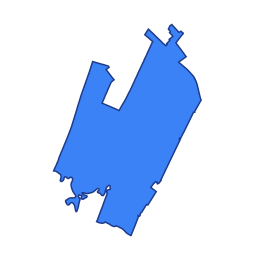 outline of Barcanesti, Ialomita, Romania, rotated 185°
{"feature_id": "2599482B37861842426692", "entity_name": "Barcanesti", "entity_type": "district", "adm_level": 2, "iso_a3": "ROU", "parent_name": "Romania", "parent_adm1": "Ialomita", "projection": "albers", "projection_center": [26.664, 44.608], "detail": "fine", "context": "isolated", "style": "filled", "palette": "blue", "viewbox_px": 256, "rotation_deg": 185, "n_neighbors": 0, "source": "geoboundaries", "source_scale": "gbopen_adm2", "svg_char_len": 5609}
<svg xmlns="http://www.w3.org/2000/svg" viewBox="0 0 256 256"><g transform="rotate(185 128 128)"><path d="M169.0,191.1L171.2,181.4L171.7,179.3L177.4,157.2L180.5,142.9L181.0,140.1L184.6,123.5L187.0,115.2L192.0,99.0L192.2,98.8L194.0,92.7L194.5,90.8L194.5,90.5L194.4,90.3L195.7,86.6L196.5,84.0L197.5,81.5L198.4,78.8L197.3,78.8L196.3,78.6L195.8,78.5L194.7,77.9L191.5,76.0L191.1,75.6L190.5,74.3L190.4,73.6L190.4,72.8L190.6,71.7L190.7,70.9L191.0,70.1L190.8,69.5L190.5,69.2L190.1,68.9L189.6,68.9L188.9,69.2L188.5,69.6L188.2,70.0L187.9,70.3L187.5,71.1L187.4,71.9L187.4,72.4L187.2,73.0L187.0,73.5L186.4,74.0L185.9,74.0L185.5,73.8L184.9,73.3L184.1,72.7L183.4,72.5L182.7,72.6L182.2,73.0L181.8,73.3L181.3,73.8L180.9,73.9L180.5,73.9L179.8,73.9L179.4,73.6L179.2,73.3L179.0,72.9L178.8,72.3L178.7,71.4L178.8,70.7L179.5,68.8L179.7,68.2L179.8,67.4L179.8,66.7L179.7,66.1L179.5,65.0L178.5,62.2L178.2,61.7L177.9,61.1L177.6,60.5L176.9,59.4L175.6,57.8L174.7,56.8L174.2,56.1L174.1,55.5L174.1,55.2L174.3,54.7L174.9,54.1L175.3,53.9L176.0,53.6L178.1,53.5L179.0,53.4L179.9,53.1L181.0,52.6L181.5,52.3L181.9,51.7L182.6,51.1L183.3,50.8L183.7,50.5L183.7,50.2L183.8,49.8L183.8,49.5L183.7,49.1L183.4,48.6L182.6,47.4L182.2,46.9L181.8,46.4L181.5,46.2L180.4,46.3L180.1,46.4L179.8,46.7L179.3,47.4L179.0,47.9L178.6,48.4L178.0,48.7L177.5,48.8L177.0,48.7L176.4,48.4L175.6,47.8L174.8,46.6L174.4,45.7L174.1,44.9L173.7,43.6L173.3,42.2L173.1,41.4L172.4,40.2L172.0,40.5L171.8,40.5L171.1,43.0L170.5,45.8L170.7,46.1L170.4,47.4L170.0,50.4L169.8,51.3L169.6,52.1L169.8,52.9L170.0,53.4L170.4,54.1L171.1,54.9L171.5,55.3L171.1,57.1L170.8,56.9L168.9,56.8L168.4,56.7L168.0,56.3L168.0,55.8L168.5,54.9L168.6,54.5L168.6,54.1L168.4,53.6L168.2,53.4L167.8,53.2L167.4,53.1L167.0,53.1L166.6,53.2L166.2,53.3L165.9,53.5L165.3,53.9L164.5,54.7L164.4,54.8L163.6,55.0L163.3,55.2L163.2,55.3L163.1,55.5L162.9,55.9L162.8,56.1L162.9,56.3L162.9,56.5L163.1,56.6L163.2,56.8L163.5,56.9L165.6,57.4L166.5,57.8L166.9,58.1L167.3,58.5L167.7,58.9L168.0,59.2L168.0,59.4L167.9,59.5L167.2,59.8L165.4,59.3L164.3,59.1L163.1,59.1L162.5,59.2L161.5,59.5L158.5,60.5L158.1,60.7L157.9,60.9L156.7,61.5L156.4,62.0L155.9,62.4L154.8,63.4L154.4,63.8L154.1,64.2L153.3,64.9L152.8,65.1L152.4,65.1L152.1,65.1L151.8,64.8L151.6,64.5L151.4,64.3L151.3,64.0L151.4,63.7L151.5,63.4L151.9,63.0L152.6,62.4L152.8,62.0L152.8,61.7L152.7,61.4L152.6,61.1L152.3,61.0L151.1,60.7L150.4,60.5L150.0,60.3L149.4,59.7L148.8,59.1L148.4,58.7L148.2,58.6L147.7,58.4L147.4,58.4L147.1,58.4L146.9,58.6L146.5,59.0L146.1,59.7L145.7,60.4L145.5,60.9L145.0,63.2L145.0,63.9L144.9,64.2L144.8,64.7L144.7,65.0L144.7,65.3L144.6,65.5L144.4,65.8L144.4,66.0L144.1,66.9L144.0,67.1L143.6,67.6L143.3,68.0L142.9,68.5L142.3,69.0L142.0,69.1L141.6,69.2L141.3,69.1L141.1,69.0L140.9,68.7L140.8,68.4L140.7,67.5L140.4,66.4L140.4,65.9L140.4,65.4L142.6,64.6L143.0,64.4L143.3,64.2L143.6,63.7L143.6,63.3L143.7,62.6L143.6,62.1L143.5,61.8L143.0,60.8L143.4,59.4L144.7,54.8L145.3,52.6L146.2,49.2L146.2,48.9L147.2,45.5L147.5,44.5L147.7,44.0L149.4,37.6L150.0,35.5L150.5,33.7L151.1,32.0L150.3,31.7L149.4,31.3L148.9,31.2L147.0,31.0L146.2,30.9L145.3,30.9L144.8,31.0L144.2,31.2L143.5,31.5L143.1,31.8L142.6,32.4L140.0,31.3L138.5,30.8L136.0,29.4L135.4,29.2L134.6,28.9L133.1,28.7L132.6,28.7L131.8,29.1L131.1,29.5L129.9,29.1L126.8,27.9L125.2,27.3L123.3,25.9L122.5,25.3L121.8,24.6L121.1,24.0L120.6,23.5L120.4,23.4L120.1,23.2L119.8,23.1L119.5,22.9L118.9,22.5L115.8,21.1L115.6,21.3L115.4,21.6L114.8,24.0L112.6,31.0L111.3,35.6L110.4,38.6L110.3,39.0L110.2,39.8L110.2,40.0L110.2,40.4L110.2,41.4L110.0,41.2L109.8,41.1L109.5,41.0L109.3,40.9L109.1,41.0L108.9,41.2L108.6,41.5L108.3,42.1L108.3,42.4L108.2,43.1L108.2,44.0L108.0,44.4L107.9,44.6L107.7,44.8L107.1,45.0L102.9,53.4L101.5,53.0L101.3,53.4L99.0,57.9L95.2,65.4L94.3,67.1L98.8,70.0L100.1,70.8L99.5,71.7L99.2,72.3L98.7,73.1L97.3,75.5L97.1,75.4L96.1,76.8L95.5,76.7L95.0,76.3L94.9,76.3L94.5,76.7L94.4,76.7L94.2,75.9L94.0,75.1L93.9,75.0L93.8,74.9L93.7,74.9L92.3,75.8L90.4,78.9L90.4,79.0L90.7,79.1L90.5,79.7L81.7,103.3L81.3,104.3L81.2,104.6L75.0,121.0L76.0,121.5L75.5,122.6L74.7,122.3L72.4,128.1L72.1,128.6L65.3,146.2L64.1,149.4L63.9,149.5L63.2,149.5L62.9,149.5L62.9,150.4L62.9,150.5L57.6,162.2L58.3,163.6L58.8,164.9L62.3,175.4L63.1,177.7L64.3,180.5L64.6,180.8L65.4,182.5L66.2,183.0L66.0,183.3L67.0,184.8L67.6,185.5L73.2,190.7L75.0,192.1L83.3,198.0L80.1,200.8L76.3,204.1L80.1,208.5L87.7,217.0L83.4,223.8L81.2,226.9L81.2,227.2L83.7,229.0L84.6,228.3L85.5,227.7L92.9,234.4L93.4,234.9L95.0,233.6L95.1,233.4L96.4,230.0L96.3,229.8L94.5,228.2L94.3,227.9L94.3,227.7L94.3,227.4L94.9,226.6L91.3,223.4L91.6,222.9L94.7,219.9L94.7,219.7L94.0,219.1L96.9,215.3L96.3,214.7L97.4,213.2L100.6,215.5L104.4,218.7L106.1,220.0L111.2,224.2L114.4,226.7L115.2,227.4L116.3,228.3L119.4,222.4L111.5,216.7L110.9,216.2L111.1,215.9L111.4,215.1L112.9,210.9L114.4,206.7L115.1,205.1L115.1,204.6L115.9,202.3L116.9,199.8L117.6,197.8L117.8,197.3L118.0,197.1L117.9,196.7L118.0,196.4L118.2,195.8L118.5,194.9L118.9,194.2L119.2,193.8L119.1,193.5L122.5,184.4L123.1,182.6L123.8,180.5L125.5,175.9L126.5,173.0L126.5,172.9L127.5,170.3L128.0,168.7L128.4,167.8L129.2,165.4L129.3,165.3L130.1,163.6L131.0,161.3L131.3,160.4L132.0,158.8L132.2,158.1L133.6,155.0L133.7,154.7L133.7,154.4L133.7,154.2L134.4,153.3L135.0,152.0L137.6,146.5L138.4,144.6L141.4,145.7L156.0,150.5L153.8,157.1L153.7,157.7L153.5,158.4L152.6,160.7L151.3,164.8L151.0,165.7L150.3,167.7L148.8,172.1L148.2,172.8L146.1,174.8L147.9,176.7L148.1,176.7L149.6,178.5L154.9,184.3L152.2,186.8L152.5,187.5L153.0,187.9L153.2,188.0L159.4,189.3L159.8,189.3L164.4,190.2L169.0,191.1Z" fill="#3b82f6" stroke="#1e3a8a" stroke-width="1.5"/></g></svg>